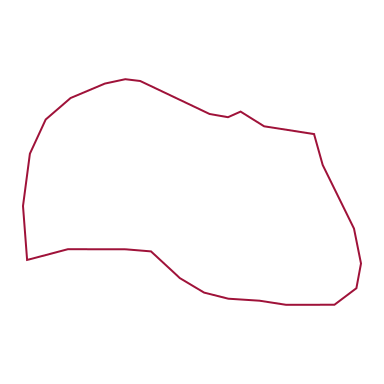 the Unitary District of Inverclyde
{"feature_id": "GBR-2005", "entity_name": "Inverclyde", "entity_type": "Unitary District", "adm_level": 1, "iso_a3": "GBR", "parent_name": "United Kingdom", "parent_adm1": "", "projection": "albers", "projection_center": [-4.735, 55.9], "detail": "fine", "context": "isolated", "style": "outline", "palette": "rose", "viewbox_px": 384, "rotation_deg": 0, "n_neighbors": 0, "source": "natural_earth", "source_scale": "10m", "svg_char_len": 499}
<svg xmlns="http://www.w3.org/2000/svg" viewBox="0 0 384 384"><path d="M27.1,259.9L23.0,206.0L29.9,153.7L45.7,119.5L70.6,98.0L104.8,83.6L125.3,79.2L140.2,81.0L209.6,114.0L228.0,117.2L240.6,111.6L264.1,126.3L314.1,134.1L314.1,134.3L322.7,165.0L337.8,195.7L354.0,228.6L361.0,263.5L356.4,288.2L334.5,304.7L312.6,304.8L286.0,304.8L259.5,300.7L228.3,298.7L204.1,292.6L179.8,278.1L177.4,275.8L151.0,251.4L125.6,249.3L67.9,249.2L29.6,259.3L27.1,259.9Z" fill="none" stroke="#9f1239" stroke-width="2"/></svg>